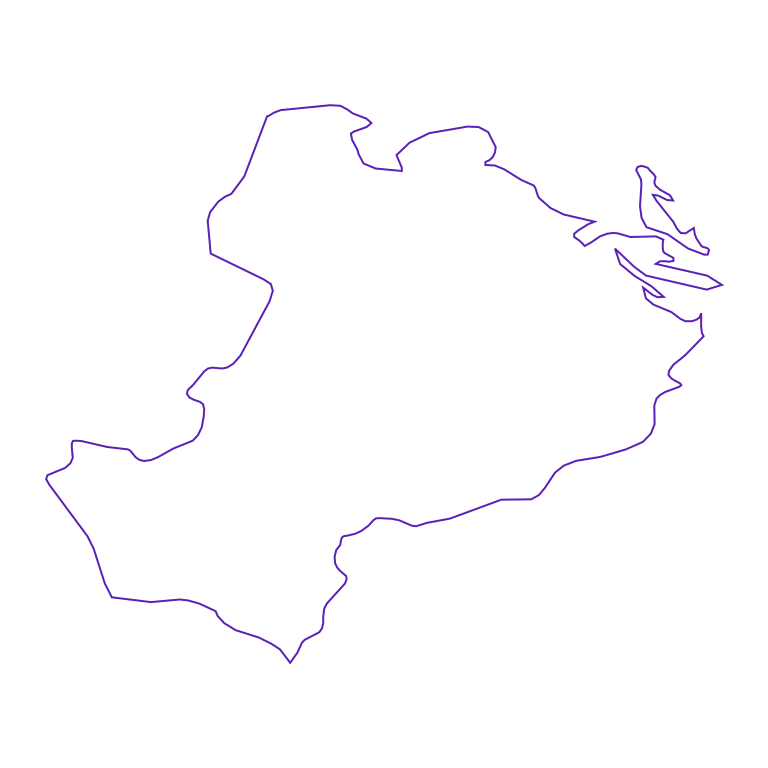 the border of Uppsala
{"feature_id": "SWE-195", "entity_name": "Uppsala", "entity_type": "County", "adm_level": 1, "iso_a3": "SWE", "parent_name": "Sweden", "parent_adm1": "", "projection": "equal_earth", "projection_center": [17.867, 60.017], "detail": "fine", "context": "isolated", "style": "outline", "palette": "violet", "viewbox_px": 768, "rotation_deg": 0, "n_neighbors": 0, "source": "natural_earth", "source_scale": "10m", "svg_char_len": 3319}
<svg xmlns="http://www.w3.org/2000/svg" viewBox="0 0 768 768"><path d="M267.1,116.3L268.4,116.0L274.1,112.6L280.8,110.1L330.1,105.2L340.4,105.8L347.4,109.5L352.7,113.4L366.4,118.6L371.4,123.0L366.8,126.9L353.7,131.7L350.9,133.6L352.1,139.9L357.4,149.7L358.7,154.4L363.6,163.5L375.6,168.5L401.8,171.0L401.8,167.7L396.5,155.1L409.5,142.7L429.4,133.1L467.3,126.6L478.5,127.0L488.1,132.0L495.7,147.1L495.0,152.4L492.9,156.9L489.6,160.1L485.4,162.0L485.4,165.0L495.0,165.5L504.2,169.3L521.2,179.9L533.9,185.6L535.4,188.2L537.7,195.4L538.9,197.8L550.6,208.1L563.7,214.5L594.6,221.7L588.4,224.1L579.0,229.9L574.2,233.7L574.2,237.0L579.5,240.7L582.0,243.0L584.6,246.0L590.4,242.9L600.3,236.2L607.3,233.7L613.7,232.9L618.4,233.5L630.3,237.0L656.1,236.4L663.4,239.7L663.0,241.0L662.7,244.6L662.8,248.8L663.5,251.9L665.1,253.3L673.4,257.9L673.4,260.9L668.9,261.7L664.3,261.2L659.9,261.3L655.8,263.9L707.3,275.7L721.9,284.9L706.7,289.6L646.1,275.6L634.4,267.0L615.0,248.6L620.2,264.1L634.7,276.0L651.5,286.3L663.7,296.9L657.4,297.2L652.4,294.8L643.2,287.6L645.9,298.3L653.4,304.6L671.4,312.1L680.6,319.0L685.5,321.2L691.8,321.2L696.2,319.8L699.6,317.5L701.0,313.9L701.2,313.1L701.1,326.4L701.9,332.9L703.6,336.3L684.9,355.5L673.4,364.7L669.0,370.9L668.5,375.1L671.1,378.2L674.6,380.5L677.8,382.1L680.3,383.6L681.3,385.1L679.5,386.7L665.4,391.9L660.3,394.8L656.5,398.6L654.3,405.5L654.6,424.1L650.9,433.6L642.9,441.9L625.6,449.5L599.9,457.0L576.3,460.8L564.0,465.5L555.0,472.6L545.1,487.6L539.0,495.0L531.3,499.3L501.2,499.7L449.6,518.7L427.1,522.8L416.3,526.2L411.6,525.6L399.2,520.3L392.0,518.8L379.0,518.1L375.9,518.4L373.1,520.5L368.7,525.5L361.2,531.0L354.8,533.9L347.0,535.7L343.9,536.1L341.8,537.6L341.0,540.3L340.3,544.8L336.2,550.1L334.6,557.0L335.1,563.2L337.2,567.6L340.0,570.8L346.2,576.1L346.6,579.5L344.9,583.6L326.8,603.6L324.3,608.5L323.8,611.8L323.2,617.0L323.2,623.4L321.9,628.5L319.2,632.3L304.7,639.8L301.9,642.8L297.3,652.8L290.2,662.8L280.0,649.4L271.6,643.9L258.8,637.5L235.7,630.2L224.3,623.2L217.6,615.9L216.3,612.9L215.8,611.4L214.0,610.4L199.3,603.6L187.9,600.4L179.7,599.5L150.9,602.1L111.8,597.3L108.5,590.6L108.4,590.6L104.8,583.4L93.7,548.8L87.6,536.4L49.5,485.0L46.1,479.0L47.5,475.2L65.2,467.9L70.4,463.2L72.8,457.8L71.8,447.5L71.9,443.3L73.0,440.9L76.0,440.7L81.7,441.1L107.2,447.0L128.1,449.4L130.6,451.0L135.5,457.1L139.3,459.8L144.1,461.0L151.1,460.0L157.9,457.2L173.4,448.5L192.7,440.7L198.0,435.1L201.7,427.5L203.7,416.8L204.2,409.1L203.0,404.2L199.8,401.8L193.9,399.8L189.4,397.5L186.9,393.7L187.5,391.1L188.3,389.5L192.7,385.4L204.4,371.2L208.0,368.5L212.2,367.6L221.9,368.5L226.9,367.6L233.2,363.8L240.4,355.7L269.6,301.2L272.8,290.9L270.9,284.1L263.7,279.4L210.7,253.6L207.7,220.7L210.1,212.2L218.3,201.6L224.9,196.8L231.3,193.9L244.3,176.4L267.1,116.3ZM701.4,246.0L703.1,247.0L705.6,247.6L708.0,248.5L709.0,250.3L707.7,254.6L704.4,254.7L688.2,248.6L667.5,234.2L646.5,227.2L641.6,217.9L640.0,206.2L641.4,184.5L641.0,179.5L636.2,170.1L637.6,166.9L641.8,165.9L647.7,167.7L649.5,170.0L653.7,174.3L655.4,176.7L655.4,178.3L654.7,180.4L654.4,182.9L655.4,185.6L660.0,189.7L670.0,195.3L673.1,200.5L667.0,200.0L658.3,195.6L652.9,194.9L656.6,200.9L673.2,221.7L677.0,228.7L680.7,233.0L685.7,233.3L693.8,228.0L694.8,234.2L696.4,238.4L701.4,246.0Z" fill="none" stroke="#5b21b6" stroke-width="2"/></svg>